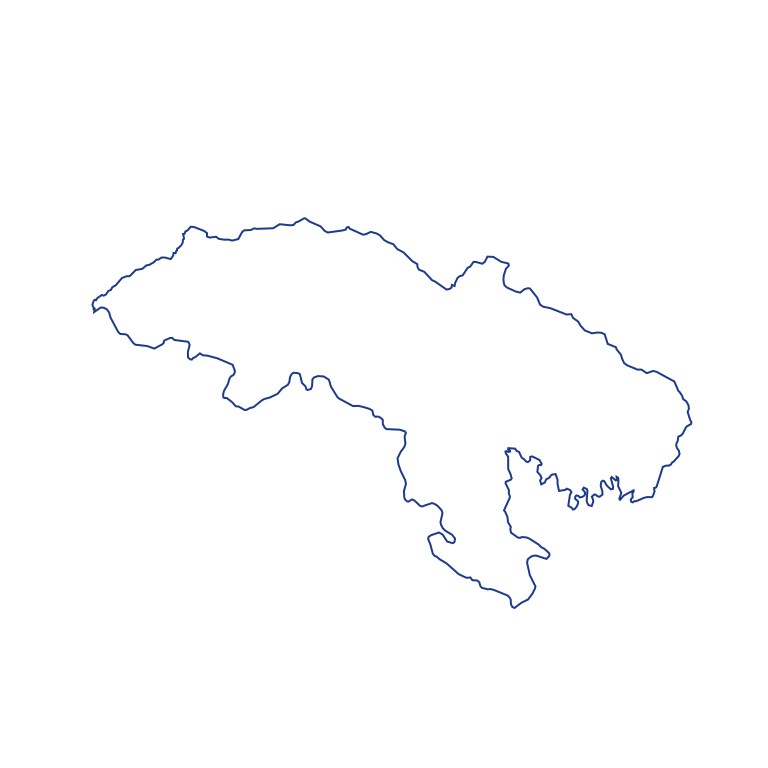 Qanya, Qacha's Nek, Lesotho, rotated 202°
{"feature_id": "5366337B93749016515077", "entity_name": "Qanya", "entity_type": "district", "adm_level": 2, "iso_a3": "LSO", "parent_name": "Lesotho", "parent_adm1": "Qacha's Nek", "projection": "mercator", "projection_center": [28.412, -30.083], "detail": "fine", "context": "isolated", "style": "outline", "palette": "blue", "viewbox_px": 768, "rotation_deg": 202, "n_neighbors": 0, "source": "geoboundaries", "source_scale": "gbopen_adm2", "svg_char_len": 6133}
<svg xmlns="http://www.w3.org/2000/svg" viewBox="0 0 768 768"><g transform="rotate(202 384 384)"><path d="M312.6,540.6L313.9,542.3L321.1,541.2L330.3,542.8L335.8,540.8L336.3,534.9L338.0,532.3L344.0,531.7L346.7,530.8L348.1,525.0L350.0,523.0L351.7,514.3L354.1,512.4L355.5,510.1L355.9,504.6L355.3,501.3L358.2,501.3L357.5,498.7L358.9,496.6L361.4,495.0L375.4,498.2L378.2,498.2L388.6,503.1L394.4,503.1L396.9,505.2L398.0,507.6L403.7,508.5L415.1,513.3L422.3,514.1L427.7,517.1L433.4,516.9L437.8,517.5L443.4,520.3L446.9,520.8L453.3,520.1L456.9,516.1L459.4,514.6L474.1,515.2L475.7,516.3L477.3,515.0L477.3,512.9L480.0,510.8L492.9,503.4L496.2,503.7L501.8,506.4L513.5,506.7L519.1,508.1L520.5,507.3L524.2,502.5L526.3,500.8L527.4,497.6L530.4,496.0L540.5,493.1L545.1,486.9L559.8,480.3L562.8,479.6L565.0,477.0L571.3,474.0L572.5,471.5L573.4,463.8L578.5,460.1L582.4,459.6L586.0,458.0L591.6,456.7L594.9,457.6L600.6,454.4L603.4,454.5L604.6,457.6L608.0,458.5L619.0,458.4L622.1,457.4L623.8,452.6L625.3,451.1L625.2,448.6L626.5,447.8L624.2,444.5L623.9,443.4L624.5,442.4L623.6,439.8L623.9,436.9L625.5,433.1L626.5,432.0L625.9,430.3L626.5,429.3L626.3,427.2L628.2,426.7L627.6,423.9L628.6,419.9L634.5,419.2L637.8,417.8L639.7,414.9L641.7,413.9L642.8,411.0L646.1,406.7L648.8,404.9L651.1,400.4L656.9,396.6L660.2,388.7L662.9,387.6L666.6,384.2L669.7,375.1L672.1,372.0L672.5,368.9L674.4,367.0L675.4,362.7L677.0,360.9L679.0,360.8L681.9,356.4L682.5,353.7L683.6,353.8L684.3,352.5L684.1,348.4L681.9,345.8L681.1,345.7L681.1,344.8L680.4,345.1L679.7,342.1L675.4,348.7L672.7,349.7L669.1,349.5L665.6,347.3L662.5,343.2L650.1,332.8L647.3,331.6L642.1,333.3L640.0,333.1L632.0,328.2L629.3,327.3L617.7,330.5L610.2,330.8L604.4,337.8L603.6,339.9L604.2,341.1L603.9,342.1L599.6,346.5L597.8,347.4L594.8,346.3L581.8,349.7L580.9,349.5L578.8,347.4L577.9,340.4L575.7,335.3L573.1,334.2L571.3,334.7L570.9,336.3L568.9,338.5L566.2,343.4L562.5,342.8L558.5,344.1L548.0,345.4L531.5,345.1L527.2,340.3L526.7,338.7L526.9,336.1L528.8,333.6L529.3,331.3L528.7,325.3L529.8,317.7L529.2,313.9L527.9,311.4L526.6,311.2L524.6,312.1L518.1,310.3L513.1,307.8L510.3,308.6L503.5,307.7L501.8,308.5L499.1,311.7L496.3,313.7L491.3,322.8L489.4,325.2L484.8,328.7L479.0,335.0L476.7,342.0L472.8,347.3L472.5,350.3L473.7,355.3L473.5,358.1L472.2,360.5L467.5,361.9L465.5,361.4L460.5,354.3L455.9,352.4L454.0,350.0L452.8,349.7L449.9,352.0L449.9,355.1L452.1,361.5L451.3,363.9L448.2,366.6L442.8,368.4L437.3,367.5L435.9,366.4L432.3,361.7L422.4,354.5L420.3,353.7L404.5,351.9L399.6,354.1L395.0,354.9L388.1,355.5L384.8,355.0L382.6,351.6L381.0,350.7L379.8,350.4L377.2,351.6L374.7,351.5L371.8,350.4L370.0,346.3L367.1,343.8L364.8,343.1L352.4,347.5L346.9,347.9L345.3,346.8L345.4,344.0L344.9,342.4L341.8,336.7L341.6,333.2L343.1,327.5L343.6,320.2L340.6,315.0L336.0,309.7L328.3,302.8L326.2,299.6L325.4,292.1L322.6,286.3L321.1,284.7L318.5,283.8L317.1,284.2L314.8,287.5L311.9,287.3L304.8,284.5L303.0,284.6L295.0,291.5L292.8,291.8L288.9,291.2L283.4,288.6L281.4,286.2L279.9,277.2L278.6,275.1L275.6,272.4L272.4,271.0L264.4,269.7L260.2,267.3L259.5,263.7L260.5,262.2L266.4,261.6L273.3,266.4L277.4,266.9L283.8,261.4L285.4,258.9L284.9,256.7L280.8,252.5L275.0,244.7L272.4,243.5L270.8,243.7L266.5,242.3L258.8,241.1L243.6,235.7L236.0,235.2L234.3,235.4L231.5,237.0L228.5,235.2L224.0,236.7L221.4,235.9L218.9,232.7L216.7,231.7L210.9,232.5L208.4,233.8L204.9,234.2L190.2,234.2L187.2,232.9L185.8,231.6L183.8,227.4L181.6,225.4L179.1,225.2L174.7,232.6L169.7,238.2L167.8,245.5L167.4,250.8L167.7,253.0L177.2,261.4L184.4,271.9L185.0,275.4L183.1,278.9L181.5,280.5L178.8,281.9L167.8,282.7L166.4,286.3L166.7,287.9L167.5,289.0L173.6,291.3L177.0,291.6L180.6,293.1L191.4,295.1L194.3,295.1L198.7,293.8L200.4,292.2L202.4,291.8L210.5,293.7L212.5,296.7L212.9,299.0L217.2,302.3L219.7,306.9L223.5,310.7L225.4,311.8L224.8,325.6L225.1,326.9L227.3,329.3L228.4,332.4L234.0,337.4L234.5,338.9L230.5,342.9L230.3,344.3L232.8,347.7L237.0,351.7L241.6,363.0L245.2,365.5L246.1,366.9L245.2,367.7L242.9,367.7L241.8,368.7L242.6,369.7L244.5,370.0L244.7,371.1L238.2,373.2L236.1,371.7L233.4,371.6L228.6,367.2L226.3,366.9L223.0,365.3L221.3,365.5L219.9,367.9L221.1,371.3L219.3,372.4L211.4,371.8L207.9,369.0L208.0,367.7L209.9,366.9L210.5,365.7L208.9,360.0L204.9,358.0L202.7,355.9L203.1,353.0L200.6,349.9L198.0,352.9L197.9,356.4L195.7,358.9L195.0,361.8L194.1,363.1L191.1,364.7L187.2,360.2L185.7,356.5L181.7,350.4L176.0,353.9L175.6,355.3L172.4,355.5L170.7,354.8L169.7,353.9L170.1,351.0L167.5,340.1L163.8,339.6L161.6,338.4L160.4,339.6L159.4,342.5L159.3,345.7L159.8,347.4L161.0,348.4L163.3,348.9L164.2,349.9L164.4,351.4L163.9,352.7L161.9,353.1L160.0,352.2L157.9,353.5L156.5,355.5L156.3,357.0L157.0,358.8L160.4,360.7L159.9,362.8L156.5,362.5L155.4,361.3L152.4,351.7L150.7,349.6L149.0,348.3L145.7,348.7L145.9,353.2L146.7,354.9L149.1,357.5L147.6,360.3L146.3,360.7L144.2,359.9L141.9,360.2L140.0,363.3L141.4,366.4L145.0,370.9L145.9,374.7L145.0,376.3L143.4,376.4L139.2,373.2L134.3,371.4L132.5,372.4L133.0,374.5L138.4,381.6L138.0,383.1L132.9,381.4L132.1,382.2L133.6,385.1L131.9,384.8L130.6,382.7L128.6,376.9L123.2,372.0L122.8,365.7L121.7,365.1L119.9,370.4L112.8,378.9L112.2,377.8L112.8,375.8L110.9,371.8L111.7,370.7L111.8,368.9L110.4,367.3L108.9,367.5L108.1,369.1L106.4,369.7L99.9,376.2L97.3,377.9L93.2,379.4L92.7,381.0L92.9,385.7L94.6,388.7L93.1,389.9L92.8,391.1L94.4,411.7L91.5,414.2L89.6,414.8L87.9,416.7L87.4,419.2L86.2,420.9L83.7,427.9L83.8,429.8L85.5,432.5L88.6,434.6L89.9,436.3L90.6,438.4L90.3,441.1L91.4,445.5L89.3,447.5L88.4,450.0L87.8,456.7L87.3,458.2L84.3,461.9L84.7,463.8L86.5,465.2L92.0,471.8L92.0,475.2L93.7,478.3L97.3,481.2L100.9,482.0L103.1,484.7L106.7,487.2L108.4,487.8L115.8,495.1L136.0,497.4L139.4,496.9L144.4,492.5L150.6,493.8L154.4,492.3L165.6,492.4L169.2,493.4L172.7,496.6L175.3,499.9L181.0,503.1L182.9,505.0L191.6,505.0L198.0,512.7L201.4,513.0L205.4,511.7L210.1,508.9L217.9,508.9L223.4,511.6L227.5,514.7L233.3,516.0L236.5,518.9L240.8,516.8L258.4,516.6L265.3,515.3L269.1,516.1L274.5,521.6L284.4,527.2L286.5,526.7L289.3,524.5L291.9,519.8L296.0,519.1L306.2,519.5L309.2,520.6L310.7,522.5L312.3,525.4L313.6,529.4L314.1,536.4L312.6,540.6Z" fill="none" stroke="#1e3a8a" stroke-width="2"/></g></svg>